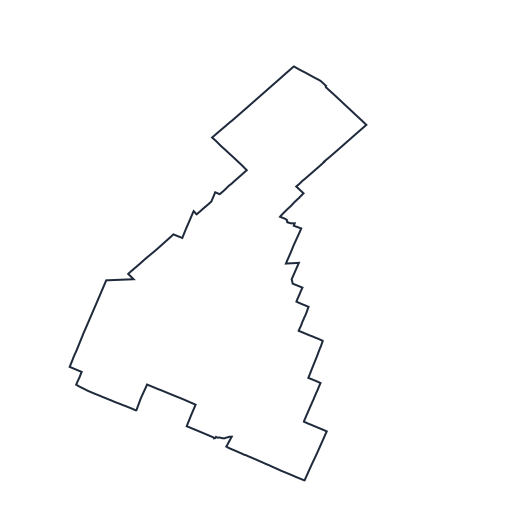 Motatei, Dolj, Romania, rotated 202°
{"feature_id": "2599482B85441344014626", "entity_name": "Motatei", "entity_type": "district", "adm_level": 2, "iso_a3": "ROU", "parent_name": "Romania", "parent_adm1": "Dolj", "projection": "equal_earth", "projection_center": [23.194, 44.054], "detail": "fine", "context": "isolated", "style": "outline", "palette": "slate", "viewbox_px": 512, "rotation_deg": 202, "n_neighbors": 0, "source": "geoboundaries", "source_scale": "gbopen_adm2", "svg_char_len": 5843}
<svg xmlns="http://www.w3.org/2000/svg" viewBox="0 0 512 512"><g transform="rotate(202 256 256)"><path d="M291.9,445.9L292.3,445.3L294.9,440.1L296.8,436.4L298.5,432.9L300.1,429.7L314.5,401.1L318.4,393.3L329.0,372.4L330.6,369.7L330.9,368.9L331.7,367.6L332.6,365.7L336.2,358.9L339.9,351.7L341.1,349.4L336.3,347.7L333.9,346.7L331.2,345.5L327.9,344.2L324.7,343.1L321.1,341.7L316.3,339.9L314.4,339.2L303.5,335.0L301.6,334.2L296.7,332.1L296.8,331.7L297.2,331.1L297.6,330.3L297.8,330.0L299.8,325.9L300.0,325.4L301.0,323.5L301.4,322.6L301.5,322.5L301.8,321.9L302.0,321.4L303.1,319.4L303.7,318.1L304.1,317.4L304.5,316.5L304.6,316.3L304.7,316.1L305.7,313.9L305.9,313.6L306.2,313.1L306.7,312.3L307.2,311.5L307.6,310.7L308.7,308.1L309.1,307.1L309.7,305.9L310.1,304.9L310.7,303.7L311.3,302.6L312.0,301.2L312.4,300.4L312.6,300.3L312.7,300.0L312.9,299.7L317.7,299.8L317.7,298.2L317.7,297.2L317.7,296.1L317.7,295.5L317.7,295.4L317.8,291.7L317.8,289.8L319.7,285.9L320.1,285.2L321.1,283.2L321.5,282.3L321.9,282.1L321.9,281.9L322.2,281.1L322.5,280.4L322.8,280.2L323.6,278.4L324.7,276.1L325.9,273.9L326.2,273.3L326.4,272.7L326.6,272.4L327.0,272.5L327.6,272.8L328.2,273.1L329.6,273.8L330.6,274.3L330.7,272.9L330.8,266.6L331.1,253.7L331.1,247.5L331.1,245.1L338.3,245.1L340.7,245.1L341.6,243.1L350.5,225.0L352.4,221.4L356.8,213.3L359.0,209.0L359.3,208.4L359.3,208.2L359.6,207.6L360.0,206.9L361.1,204.6L361.5,203.8L361.9,203.2L363.2,200.5L363.9,199.4L364.1,199.0L364.3,198.6L364.5,198.2L364.9,197.2L365.2,196.6L365.8,195.8L366.2,194.9L366.4,194.4L367.0,193.2L367.8,191.5L364.1,190.0L360.8,188.6L385.8,177.3L385.8,176.3L385.8,174.2L386.2,153.8L386.9,122.6L387.0,121.5L387.0,119.8L387.0,118.8L387.0,116.0L387.0,115.2L387.0,112.3L387.0,111.6L387.0,107.7L387.0,106.4L387.0,104.0L387.0,103.0L387.0,101.2L387.1,98.9L387.1,98.4L387.2,97.7L387.2,97.1L387.2,96.2L387.2,95.5L387.3,94.5L387.2,93.6L387.3,93.0L387.2,92.3L387.2,91.2L387.2,90.2L387.2,89.1L387.2,88.7L387.2,87.9L387.2,87.3L387.3,86.9L387.2,86.7L387.2,83.4L374.2,83.2L374.2,82.1L374.2,76.9L374.5,72.4L374.5,69.3L374.4,69.3L371.1,68.8L369.5,68.7L367.5,68.5L366.8,68.5L364.5,68.3L363.3,68.2L362.5,68.1L361.2,68.0L355.3,67.9L350.5,67.9L349.0,67.9L347.0,67.9L345.7,67.8L342.2,67.9L338.5,67.8L337.1,67.9L334.2,67.8L333.0,67.8L329.6,67.8L329.0,67.8L328.2,67.9L327.9,67.9L327.4,67.9L323.0,67.9L321.4,68.0L320.0,68.0L319.4,68.0L314.1,68.0L311.1,67.9L309.5,67.9L309.2,68.1L309.1,68.3L309.5,80.8L309.4,83.5L309.2,87.7L308.9,93.2L308.9,96.0L304.9,96.0L299.1,95.9L295.5,95.9L295.4,96.0L294.3,96.0L283.4,95.9L279.7,95.9L269.5,95.9L256.3,95.5L256.5,84.6L256.5,79.3L256.5,74.6L256.5,72.6L256.4,72.4L256.4,72.2L243.3,72.1L230.5,71.9L227.2,71.8L226.8,71.5L226.6,71.2L225.7,71.8L225.3,73.3L223.6,73.1L222.4,73.8L221.6,74.1L219.4,74.4L218.0,74.7L217.0,75.1L215.7,76.3L212.8,78.5L211.1,79.3L210.8,79.4L211.5,74.0L211.4,74.0L211.8,70.7L212.1,68.2L211.5,68.2L211.1,68.0L209.8,67.9L209.3,67.8L208.7,67.8L208.4,67.8L207.3,67.8L207.1,67.7L206.9,67.8L206.5,67.8L205.7,67.7L205.3,67.7L205.1,67.7L204.0,67.7L203.2,67.7L200.7,67.6L200.4,67.6L198.3,67.6L197.5,67.5L196.2,67.5L195.7,67.5L195.4,67.5L194.3,67.4L192.4,67.3L192.0,67.3L191.7,67.4L191.1,67.5L190.8,67.5L190.1,67.5L189.1,67.5L188.5,67.4L185.4,67.4L184.7,67.4L182.6,67.3L181.0,67.3L179.1,67.3L178.6,67.2L177.7,67.2L174.9,67.1L173.8,67.1L169.4,66.9L165.5,66.9L162.1,66.7L155.8,66.5L152.1,66.3L148.0,66.3L138.5,66.2L137.3,66.1L136.4,66.1L136.0,66.1L135.1,66.1L134.8,66.1L134.1,66.1L131.4,66.1L130.9,66.1L130.2,66.1L128.4,66.1L127.8,66.1L127.1,66.1L126.9,66.2L126.8,68.9L126.7,71.9L126.6,73.2L126.6,74.4L126.5,77.3L126.2,84.2L125.8,91.0L125.6,94.6L125.4,99.7L125.4,100.5L125.3,102.3L125.2,105.9L125.1,108.3L124.8,118.1L124.7,119.2L124.7,119.9L127.5,120.0L137.0,120.1L138.2,120.1L141.6,120.2L144.2,120.1L145.9,120.2L149.5,120.3L149.6,121.3L149.6,122.1L149.5,126.2L149.5,127.8L149.4,129.3L149.4,129.7L149.4,131.7L149.3,132.8L149.3,134.2L149.3,135.3L149.2,137.4L149.2,138.2L149.1,139.0L149.1,142.4L149.0,143.5L148.9,145.2L149.0,145.9L149.0,146.6L148.9,149.1L148.9,151.0L148.7,154.3L148.7,155.8L148.7,158.0L148.6,162.4L154.4,162.6L161.8,162.6L161.8,165.3L161.9,172.3L161.9,175.7L161.9,178.9L161.9,181.9L161.9,186.6L162.0,188.8L162.1,194.5L162.0,196.4L162.3,202.3L162.5,202.4L163.1,202.4L166.0,202.5L168.5,202.6L169.3,202.5L174.1,202.6L175.5,202.5L177.0,202.5L185.5,202.6L188.4,202.6L188.4,205.0L188.2,207.5L188.2,209.7L188.3,210.6L188.3,211.9L188.3,213.8L188.1,215.0L188.2,215.9L188.2,217.1L188.0,219.7L188.0,221.7L188.0,223.0L188.2,226.4L188.2,228.5L191.3,228.6L195.0,228.6L199.1,228.7L201.4,228.8L201.5,230.9L201.4,233.6L201.3,237.0L201.3,239.4L201.1,244.1L210.0,244.1L211.6,244.1L214.2,247.8L213.7,265.7L219.8,262.8L221.6,262.0L225.4,260.2L225.4,261.0L225.4,262.5L225.3,266.0L225.2,268.8L225.2,269.5L225.1,271.8L225.1,279.9L224.5,293.7L224.4,296.9L224.4,298.5L232.3,298.2L232.4,300.8L233.0,300.5L234.5,299.9L236.3,299.3L237.5,299.2L238.7,299.0L239.5,299.0L239.8,299.1L239.9,299.6L239.9,299.8L240.3,300.1L240.6,300.3L240.8,300.9L241.2,301.0L241.9,301.2L242.8,301.4L245.1,301.4L246.1,301.4L248.4,301.4L248.0,302.7L246.3,306.9L244.2,311.7L243.3,313.5L242.4,315.4L242.1,316.1L241.8,317.1L241.4,318.0L240.6,320.2L239.9,321.6L239.3,323.0L238.7,324.3L238.3,325.0L237.9,325.7L237.6,326.7L237.2,327.8L236.7,328.9L236.3,329.8L236.0,330.6L235.4,331.9L236.9,332.5L244.7,335.5L244.1,336.7L242.7,339.3L241.2,342.9L239.4,346.1L230.3,364.0L228.1,368.6L227.9,369.0L228.2,369.1L228.0,369.5L224.8,375.4L219.8,385.2L208.8,407.1L202.8,418.9L209.3,421.5L211.5,422.3L216.7,424.3L230.5,429.6L236.1,431.8L245.6,435.4L248.9,436.6L251.1,437.4L252.4,437.9L253.6,438.4L254.3,438.6L254.6,438.8L254.9,439.3L255.0,439.8L254.9,440.0L257.8,441.1L261.3,442.4L262.1,442.6L264.4,442.9L265.8,443.0L268.8,443.3L278.9,444.5L282.4,444.8L285.6,445.1L291.5,445.9L291.9,445.9Z" fill="none" stroke="#1e293b" stroke-width="2"/></g></svg>